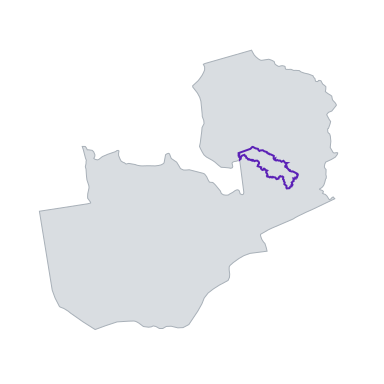 location of Lavushimanda, Muchinga, Zambia, rotated 353°
{"feature_id": "96606910B97886687400536", "entity_name": "Lavushimanda", "entity_type": "district", "adm_level": 2, "iso_a3": "ZMB", "parent_name": "Zambia", "parent_adm1": "Muchinga", "projection": "orthographic", "projection_center": [31.015, -12.593], "detail": "medium", "context": "in_parent", "style": "outline", "palette": "violet", "viewbox_px": 384, "rotation_deg": 353, "n_neighbors": 0, "source": "geoboundaries", "source_scale": "gbopen_adm2", "svg_char_len": 5538}
<svg xmlns="http://www.w3.org/2000/svg" viewBox="0 0 384 384"><g transform="rotate(353 192 192)"><path d="M259.3,259.9L242.0,260.0L235.7,261.5L230.5,263.7L224.3,267.1L220.8,269.5L219.8,270.8L219.4,273.6L219.4,278.1L218.8,281.3L217.0,284.2L207.7,287.8L201.6,290.7L195.7,294.2L191.2,298.7L188.2,304.2L183.2,311.0L172.7,323.2L166.6,325.5L161.4,325.1L155.0,322.7L150.1,322.3L146.4,323.9L143.0,323.5L139.8,321.1L137.2,320.2L135.1,320.9L132.4,320.9L127.4,319.6L123.0,315.4L120.6,313.7L118.8,313.0L113.6,312.5L101.9,311.8L89.8,314.2L79.1,316.7L67.9,307.5L57.0,297.7L54.6,295.2L50.5,291.9L47.6,290.4L46.5,289.6L43.2,280.6L41.3,272.4L38.2,192.5L86.8,191.0L90.0,190.6L90.1,189.8L87.7,185.5L87.8,184.0L88.3,181.1L90.3,175.3L90.4,173.3L89.2,167.1L89.2,163.5L89.6,156.4L89.2,154.0L90.3,150.8L90.6,148.7L91.0,147.7L90.4,145.3L89.3,136.9L88.6,133.4L91.6,133.8L92.6,135.5L93.2,137.4L94.5,137.5L98.0,138.5L99.3,140.1L100.2,143.4L99.7,145.2L98.6,146.6L99.8,147.8L102.1,148.6L103.5,148.3L107.4,145.9L111.0,144.9L112.9,144.3L121.0,142.6L122.6,141.7L123.7,141.7L124.5,142.4L123.8,144.8L123.6,146.9L124.7,150.9L125.5,152.8L127.2,154.1L128.5,154.8L129.9,156.2L132.7,155.9L138.9,157.8L140.9,158.8L143.5,159.6L145.4,160.0L151.8,160.6L158.6,161.6L162.1,161.6L164.6,161.3L166.3,160.7L167.4,160.0L167.9,159.5L170.3,151.8L171.6,151.1L173.3,150.7L174.3,151.4L175.5,156.2L180.4,160.5L182.1,164.2L183.4,167.3L184.5,168.1L186.4,169.2L189.3,169.5L192.0,169.6L205.3,174.8L206.7,175.7L208.4,178.6L209.4,181.8L210.5,184.3L212.2,184.8L213.7,185.0L215.2,186.7L216.3,188.2L220.3,194.5L220.9,197.0L222.8,198.6L225.3,199.3L227.7,199.4L229.1,198.6L232.4,197.3L235.1,195.8L237.0,195.3L238.1,195.6L239.0,196.6L239.6,199.7L241.4,200.8L242.8,200.4L243.3,199.1L243.4,198.5L243.2,165.7L242.0,165.9L240.5,166.8L237.0,167.0L235.6,167.7L235.2,168.7L235.5,170.1L235.5,171.9L235.0,172.8L233.5,173.2L231.3,172.5L227.2,171.6L223.9,171.0L221.5,168.6L218.2,164.9L216.0,163.0L210.8,159.2L210.0,158.4L208.4,156.6L207.0,153.5L205.7,150.0L205.0,147.7L206.2,144.2L209.1,132.8L209.8,129.3L212.3,125.6L212.4,122.4L211.4,118.3L211.6,116.0L211.9,103.0L211.2,98.9L209.4,94.3L205.6,88.0L205.6,86.7L211.4,82.5L213.1,80.9L216.1,77.6L218.1,74.7L219.4,72.4L219.8,69.4L218.8,66.6L220.8,66.0L268.4,58.5L269.1,60.4L270.5,63.7L272.2,66.0L274.2,68.1L275.9,69.4L277.1,69.8L284.4,69.6L287.1,70.9L289.4,72.5L289.9,75.0L291.4,76.6L293.1,77.8L293.8,78.0L295.0,77.7L296.9,77.6L298.7,78.2L299.6,78.7L299.7,80.8L300.2,81.7L302.7,82.1L305.2,82.3L307.7,83.7L310.3,84.0L313.3,84.6L314.8,86.1L318.0,87.7L322.0,89.1L326.3,91.4L326.4,92.2L327.1,93.5L327.9,94.5L327.9,95.9L328.3,97.3L329.4,97.6L330.3,97.7L331.2,96.7L332.4,96.8L333.6,97.4L334.1,98.9L335.0,101.0L336.6,102.4L337.7,103.8L337.3,106.3L336.6,108.6L338.8,110.8L341.6,113.0L342.4,113.9L342.6,117.1L343.0,118.2L344.9,120.8L345.8,122.6L345.8,123.6L340.6,128.7L337.4,129.5L336.0,130.6L335.1,131.7L337.1,136.9L338.2,138.9L337.3,141.3L335.2,145.5L334.3,145.9L334.1,149.0L334.7,150.2L335.7,151.1L336.1,153.3L336.0,158.6L334.6,164.7L336.9,170.0L337.7,170.6L340.9,170.6L341.4,171.1L340.7,172.6L338.4,174.9L334.3,176.7L328.4,178.6L327.2,180.5L326.4,183.3L327.0,185.0L327.8,185.9L327.5,188.3L327.0,190.9L327.2,192.9L326.9,194.7L326.1,195.6L325.1,198.3L323.8,201.0L322.8,202.2L321.3,203.5L319.0,204.5L319.0,205.1L321.6,206.4L322.3,207.2L322.5,207.8L321.4,209.2L322.6,210.0L324.1,210.7L325.5,212.5L327.1,215.9L327.3,216.3L327.8,216.3L328.7,216.0L330.3,214.6L331.5,214.1L332.9,216.1L308.4,224.3L302.7,226.0L294.2,228.9L291.4,230.0L289.1,231.1L266.5,237.7L263.0,238.9L255.0,242.3L254.7,242.9L254.8,244.4L255.5,247.5L256.9,250.4L258.1,252.0L258.9,256.2L259.3,259.9Z" fill="#d9dde1" stroke="#a8b0b8" stroke-width="1"/><path d="M286.5,200.0L289.2,200.1L290.2,198.7L291.3,198.6L291.3,198.1L292.0,197.8L291.7,197.2L292.4,196.9L292.1,196.5L292.4,195.9L292.1,194.7L294.1,193.5L293.9,193.2L294.5,192.3L294.3,191.7L294.9,191.5L294.6,190.9L295.2,191.0L295.2,191.5L295.6,191.1L296.4,191.3L296.4,190.4L297.1,190.6L297.9,189.8L297.8,189.0L298.2,189.7L298.8,188.5L298.5,187.8L299.1,187.6L298.9,186.8L294.5,183.8L293.7,183.9L291.8,183.1L291.8,182.3L291.2,182.3L291.1,181.8L290.6,181.7L290.0,180.4L289.2,179.7L289.2,178.6L288.5,178.9L287.6,178.3L287.8,177.4L288.9,176.3L289.1,175.1L289.8,174.8L288.1,174.5L286.6,172.2L284.5,172.9L283.2,171.5L281.7,171.4L280.4,170.6L279.4,171.0L278.5,170.6L278.2,170.1L278.6,169.0L277.5,169.5L277.1,168.7L277.6,166.1L274.6,164.2L273.7,164.1L273.3,163.4L272.5,163.4L272.0,162.5L271.1,162.1L271.1,161.4L268.7,160.4L267.4,159.2L264.9,159.1L264.0,159.5L263.2,158.7L262.7,157.2L260.3,156.4L258.0,154.7L257.4,154.6L255.2,156.3L243.2,159.0L243.4,159.7L242.9,159.8L242.8,160.9L243.2,161.2L242.8,161.7L243.1,161.9L243.1,163.2L244.0,163.9L243.6,165.5L244.4,165.0L245.0,162.7L246.5,161.9L248.6,161.5L249.1,162.8L250.0,163.2L250.0,164.6L250.8,165.0L251.4,166.1L252.2,166.2L252.1,166.7L254.4,167.2L254.1,167.4L255.7,168.3L256.6,168.4L256.8,168.0L257.9,169.0L258.8,168.7L260.5,168.8L261.6,169.8L262.1,170.8L262.0,172.0L260.9,173.0L260.3,174.4L263.7,175.9L263.3,177.2L264.5,178.7L265.5,178.6L266.1,177.6L266.5,177.6L267.1,178.1L267.3,178.9L269.2,179.9L268.2,180.7L268.0,181.8L268.7,182.8L269.0,184.4L268.3,185.2L268.6,185.9L269.8,186.1L271.0,187.0L272.1,186.5L273.2,187.4L274.1,186.8L274.9,187.4L276.2,187.6L276.9,188.3L277.1,189.1L277.7,189.6L279.6,189.2L279.6,188.5L280.7,187.4L281.5,187.0L281.9,187.5L283.7,187.6L284.4,188.4L283.9,190.4L284.6,191.2L284.5,192.6L285.2,193.8L284.6,195.4L286.5,197.4L286.2,199.3L286.5,200.0Z" fill="none" stroke="#5b21b6" stroke-width="2"/></g></svg>